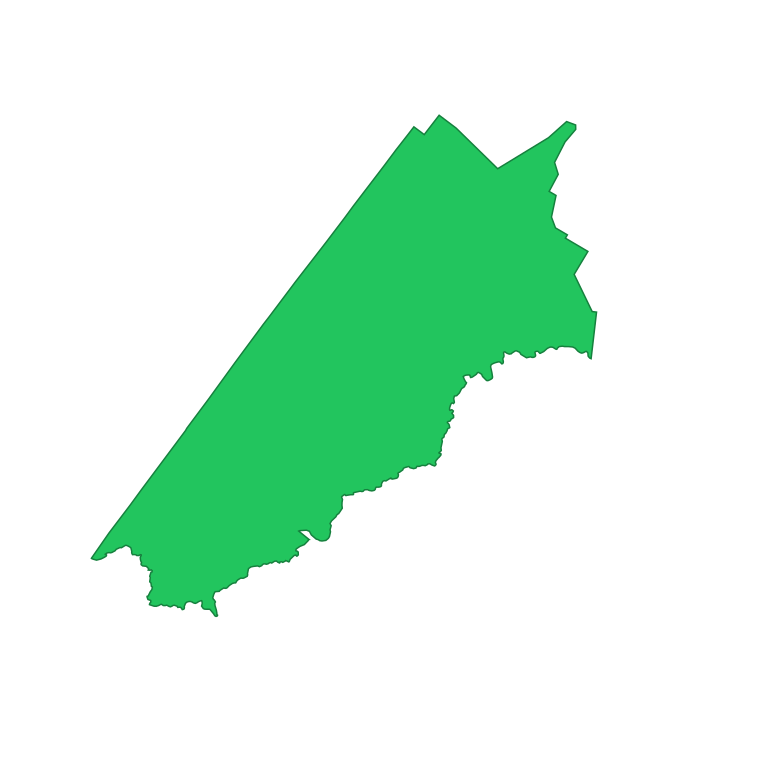 the district of Coos, New Hampshire, United States of America, rotated 220°
{"feature_id": "52423323B57801293190236", "entity_name": "Coos", "entity_type": "district", "adm_level": 2, "iso_a3": "USA", "parent_name": "United States of America", "parent_adm1": "New Hampshire", "projection": "orthographic", "projection_center": [-71.462, 44.696], "detail": "fine", "context": "isolated", "style": "filled", "palette": "green", "viewbox_px": 768, "rotation_deg": 220, "n_neighbors": 0, "source": "geoboundaries", "source_scale": "gbopen_adm2", "svg_char_len": 6028}
<svg xmlns="http://www.w3.org/2000/svg" viewBox="0 0 768 768"><g transform="rotate(220 384 384)"><path d="M341.4,216.7L354.8,216.5L354.4,217.4L349.4,222.2L346.4,223.2L342.7,221.7L336.3,221.6L334.3,222.5L332.5,222.7L330.6,223.9L328.0,226.8L327.4,229.9L327.7,232.0L330.0,236.4L331.6,237.6L333.4,241.5L335.7,242.4L336.2,245.5L335.5,251.3L336.0,253.5L335.7,254.9L335.4,255.5L336.1,262.0L338.3,264.1L340.1,266.4L341.5,268.8L343.9,270.2L344.0,270.7L343.3,273.8L342.9,274.2L341.9,273.9L341.4,274.1L340.8,275.0L338.5,277.6L336.6,279.3L336.4,279.6L336.5,280.0L337.4,280.9L337.2,281.6L333.4,286.5L331.8,287.4L331.2,288.1L331.0,288.6L330.9,290.4L328.8,292.4L326.8,293.0L324.6,294.3L323.2,296.1L323.0,296.7L323.0,297.7L323.7,299.1L323.7,299.9L321.7,301.7L321.0,302.5L320.5,303.4L320.5,304.4L321.2,305.0L322.1,307.0L322.3,308.5L322.2,309.2L321.7,310.1L320.2,311.0L318.5,316.1L317.9,316.5L317.5,316.5L317.4,316.1L316.4,316.6L314.0,319.6L313.5,320.7L313.6,322.0L314.5,323.7L315.9,324.5L315.9,325.4L315.4,326.3L314.4,330.2L314.9,331.9L314.3,333.4L312.2,336.5L311.8,336.8L310.2,336.6L306.9,338.2L305.5,340.2L305.6,341.0L305.8,341.6L305.8,342.1L303.8,343.8L302.6,346.1L301.2,347.2L299.9,347.9L299.0,349.9L299.0,350.9L297.6,352.4L295.3,352.7L292.6,353.7L292.4,354.1L292.3,355.3L292.6,356.1L294.2,356.9L294.9,358.6L294.9,362.3L294.7,363.3L294.7,365.8L294.9,366.5L295.6,367.2L295.8,367.2L297.1,366.4L297.7,366.6L297.7,367.0L297.3,369.2L297.4,369.9L299.4,371.8L302.4,377.5L304.3,379.0L304.5,379.8L304.0,381.4L304.0,381.9L304.2,382.4L304.7,382.9L305.4,384.5L305.0,385.6L305.6,388.6L306.4,390.4L306.2,391.5L305.6,392.5L305.6,392.9L308.0,394.7L309.0,395.0L310.6,395.1L311.0,395.8L310.8,396.5L309.6,398.0L309.6,398.9L310.0,400.1L309.2,402.3L309.2,403.2L310.6,404.7L313.2,405.2L313.3,405.8L313.1,406.5L313.2,407.1L313.5,407.9L315.4,407.9L315.9,407.4L316.3,406.3L316.9,406.2L317.5,406.7L318.5,408.1L319.7,411.2L319.9,412.5L319.6,413.4L318.2,413.7L318.2,414.9L318.4,415.3L321.2,417.6L322.3,420.0L320.8,421.8L320.5,425.6L321.4,429.5L321.5,430.8L320.8,432.7L320.7,433.8L321.2,435.4L321.2,436.8L321.6,438.0L323.2,438.2L326.4,439.6L328.1,440.7L327.5,442.6L326.6,443.8L324.8,445.5L323.9,445.9L323.2,445.5L322.5,444.9L321.7,444.7L320.8,446.1L319.7,450.0L319.5,451.0L319.7,452.7L319.2,453.5L317.9,453.9L315.5,454.2L313.3,453.1L307.8,452.6L307.1,452.9L306.4,453.6L305.6,455.2L304.9,457.1L304.8,458.0L305.3,459.1L308.6,462.0L313.4,465.7L314.2,467.2L314.2,468.1L313.7,469.5L312.8,471.3L310.7,474.4L309.4,475.3L308.9,475.4L306.8,475.1L306.2,475.8L306.3,476.9L307.0,477.9L309.0,479.5L309.4,480.2L309.7,481.9L310.4,482.9L312.4,484.7L312.7,485.1L312.5,485.8L312.1,486.3L309.6,486.6L307.3,487.4L305.9,489.0L305.8,490.2L304.8,493.4L304.2,494.4L300.5,495.5L298.1,494.7L291.7,495.7L289.3,498.9L287.8,499.5L286.8,500.3L286.1,501.4L285.9,502.0L286.0,503.0L286.5,503.6L288.7,505.2L288.8,506.1L287.9,507.4L287.1,508.0L284.3,507.7L284.0,508.0L282.5,511.5L281.8,516.2L280.7,518.7L279.8,519.7L278.1,520.7L274.9,521.1L274.2,521.4L273.9,521.9L274.2,522.9L273.9,525.2L271.7,527.6L269.8,528.7L266.5,531.4L263.3,533.6L260.6,534.3L256.5,533.8L254.5,534.0L252.8,534.5L252.1,535.1L251.3,536.3L250.4,538.6L250.1,539.0L249.4,539.1L247.7,538.8L245.9,536.9L245.2,536.4L243.0,536.1L241.6,536.5L267.4,575.7L271.1,573.3L308.8,590.2L313.0,616.6L338.8,612.3L339.4,616.1L353.0,613.8L363.0,619.5L373.4,639.0L381.3,637.7L385.3,656.6L395.8,663.4L400.9,685.8L400.8,702.3L403.7,705.6L412.8,702.4L416.3,678.4L435.3,622.0L493.3,626.4L514.5,625.3L513.5,600.9L526.4,600.2L526.0,591.3L525.3,570.8L524.2,551.1L521.9,500.7L521.0,486.8L519.5,456.2L517.5,404.9L515.2,362.2L514.8,352.1L511.9,305.0L508.7,259.8L506.6,223.3L506.1,220.8L501.9,147.4L500.6,128.0L498.9,93.2L496.1,62.4L495.5,62.4L494.1,62.9L491.0,64.3L488.3,68.1L487.0,71.1L486.2,73.4L486.4,74.3L486.7,74.7L488.1,74.5L487.5,76.6L486.2,78.2L485.3,78.6L484.2,79.9L482.8,83.4L482.9,85.2L481.2,88.9L479.9,89.8L478.4,94.1L477.7,94.8L475.7,95.4L473.7,95.8L472.4,95.7L469.6,93.6L468.7,92.4L467.0,91.6L465.3,93.1L463.9,93.8L463.1,93.7L461.5,95.1L461.1,96.3L460.7,96.9L460.3,97.1L459.7,96.5L459.6,95.6L459.2,94.4L457.8,93.0L456.2,91.9L455.1,91.5L454.4,89.9L453.8,89.5L452.0,89.5L448.8,91.6L445.5,91.2L445.0,89.9L443.6,90.9L442.8,92.0L441.6,92.0L440.9,91.0L441.5,90.0L440.0,86.4L439.7,86.0L438.6,85.5L436.6,82.3L436.3,81.9L434.5,81.7L432.2,79.5L431.0,79.6L430.1,78.1L429.7,77.4L429.5,74.6L428.4,70.1L429.0,69.0L428.4,68.4L426.3,67.2L423.7,68.2L423.2,68.0L422.4,66.8L422.5,65.9L422.1,64.5L421.8,64.2L417.3,66.0L415.6,67.3L414.2,69.5L413.5,71.4L412.7,72.3L410.7,72.4L409.2,73.6L408.3,74.9L405.5,75.5L404.3,76.1L403.5,77.8L403.4,78.6L402.5,79.7L399.7,80.8L398.4,80.3L396.9,81.8L396.2,82.1L395.6,82.1L393.5,81.5L392.7,82.6L392.6,83.3L393.0,84.2L394.0,85.2L395.0,88.1L395.0,89.4L394.8,90.2L394.1,91.4L392.7,92.9L390.7,93.7L389.4,93.8L387.6,94.6L387.3,95.0L386.4,96.9L386.3,97.8L385.2,99.9L384.6,100.7L384.3,100.8L382.9,99.8L382.0,98.7L381.0,96.6L378.0,95.8L376.4,96.4L372.6,99.5L366.7,98.4L364.7,97.7L363.3,98.0L362.7,98.8L362.7,99.6L363.0,100.0L363.9,99.9L364.7,101.0L367.2,103.1L371.0,105.6L372.6,107.1L373.0,108.0L373.0,108.6L373.2,108.8L375.6,109.5L376.2,109.4L377.8,110.2L379.3,113.7L379.7,115.2L379.8,116.4L376.9,119.3L377.0,120.4L375.7,124.6L374.2,125.5L373.5,126.3L373.2,127.1L373.0,130.2L371.9,133.9L370.8,135.4L369.8,136.3L370.2,138.8L370.1,139.8L369.1,142.9L368.7,143.5L367.9,143.9L366.7,145.1L365.2,148.7L365.7,150.1L366.7,151.0L369.1,155.4L368.9,156.6L368.3,158.4L366.9,160.2L363.9,163.4L362.0,164.0L360.9,166.3L361.0,166.9L360.7,168.6L359.5,169.8L358.4,170.2L357.3,171.6L356.7,173.6L355.9,174.4L354.9,174.7L353.9,177.9L352.5,179.3L351.0,179.2L349.0,179.7L348.9,180.0L349.3,180.4L349.2,180.9L348.2,182.0L346.9,182.3L345.8,184.9L345.8,185.6L342.6,186.5L342.4,187.0L343.2,189.4L342.6,194.9L341.6,196.3L340.8,196.0L340.1,196.1L339.9,196.6L339.8,198.0L341.5,199.9L342.0,200.2L342.8,200.2L344.3,199.6L345.1,200.7L345.1,201.7L344.0,205.6L341.8,209.8L341.4,215.3L341.7,215.6L341.8,216.2L341.4,216.7Z" fill="#22c55e" stroke="#15803d" stroke-width="1.5"/></g></svg>